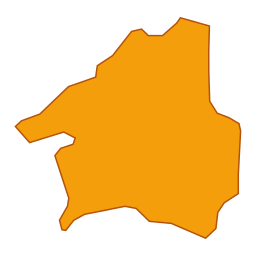 West Lothian, orthographic projection
{"feature_id": "GBR-2025", "entity_name": "West Lothian", "entity_type": "Unitary District", "adm_level": 1, "iso_a3": "GBR", "parent_name": "United Kingdom", "parent_adm1": "", "projection": "orthographic", "projection_center": [-3.588, 55.888], "detail": "fine", "context": "isolated", "style": "filled", "palette": "amber", "viewbox_px": 256, "rotation_deg": 0, "n_neighbors": 0, "source": "natural_earth", "source_scale": "10m", "svg_char_len": 672}
<svg xmlns="http://www.w3.org/2000/svg" viewBox="0 0 256 256"><path d="M180.4,17.8L209.4,26.0L209.4,26.3L209.3,30.1L208.7,52.2L208.8,73.1L209.7,101.3L217.2,113.2L228.9,117.7L239.0,123.6L240.6,131.0L238.3,174.2L238.3,193.6L224.2,202.8L217.8,212.4L215.9,228.5L205.6,238.2L171.4,223.4L149.3,221.3L136.1,208.4L125.0,206.3L84.6,214.3L73.8,220.2L65.8,230.4L62.0,229.8L60.8,225.2L59.5,220.2L67.5,206.2L68.8,198.2L54.9,155.6L60.7,148.3L73.1,144.2L75.2,138.0L63.7,132.0L29.6,142.6L15.4,126.5L21.5,120.8L39.8,114.1L68.5,86.6L95.7,77.1L97.3,65.7L112.6,55.6L131.6,31.4L141.6,29.1L148.3,35.6L162.5,35.6L176.6,23.2L180.4,17.8Z" fill="#f59e0b" stroke="#b45309" stroke-width="1.5"/></svg>